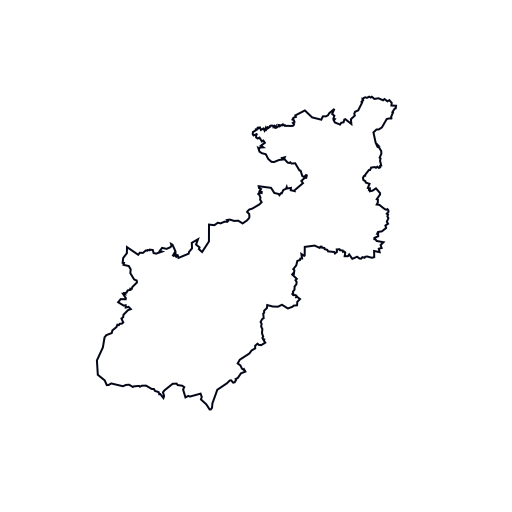 Tecalitlán, Jalisco, Mexico (Robinson projection), rotated 60°
{"feature_id": "50627088B3552577196850", "entity_name": "Tecalitlán", "entity_type": "district", "adm_level": 2, "iso_a3": "MEX", "parent_name": "Mexico", "parent_adm1": "Jalisco", "projection": "robinson", "projection_center": [-103.217, 19.24], "detail": "fine", "context": "isolated", "style": "outline", "palette": "ink", "viewbox_px": 512, "rotation_deg": 60, "n_neighbors": 0, "source": "geoboundaries", "source_scale": "gbopen_adm2", "svg_char_len": 6120}
<svg xmlns="http://www.w3.org/2000/svg" viewBox="0 0 512 512"><g transform="rotate(60 256 256)"><path d="M296.8,129.3L294.3,128.7L294.1,125.5L291.8,125.6L289.4,122.4L287.4,122.4L286.1,120.9L284.8,121.6L283.9,119.1L282.4,118.5L281.1,118.8L281.1,120.0L279.7,121.1L273.4,123.6L271.8,125.7L270.6,123.8L268.2,122.3L267.2,123.0L264.8,117.9L263.6,117.1L257.4,118.3L257.7,122.4L256.9,124.9L254.8,123.8L254.9,124.9L253.8,124.2L253.0,125.1L250.3,121.6L247.3,124.2L245.8,123.9L244.0,125.0L241.8,124.3L240.7,122.5L241.1,121.3L240.3,120.9L238.0,115.3L238.6,114.3L237.0,112.1L238.4,108.6L239.6,108.0L239.3,106.3L241.2,105.5L241.3,104.1L240.0,103.6L240.3,102.3L235.6,101.0L233.8,99.4L232.7,99.8L230.1,96.3L227.8,95.1L223.8,95.1L222.2,96.2L220.3,96.0L221.1,95.0L217.9,95.8L207.7,92.5L206.7,88.4L207.8,86.4L207.6,82.7L202.7,74.2L204.1,70.3L205.3,70.2L203.1,69.4L200.2,65.6L199.6,65.9L197.7,62.2L198.0,61.2L195.9,59.6L193.4,63.5L191.2,61.9L187.7,62.6L187.8,64.8L184.3,66.3L184.7,68.1L180.7,71.0L179.1,75.0L176.0,76.0L176.1,77.5L174.6,78.3L174.5,80.8L173.2,82.1L173.0,83.7L173.6,84.8L173.1,85.2L174.3,85.9L174.6,84.7L175.3,87.6L176.2,87.4L181.0,94.7L180.6,98.1L182.0,99.8L183.8,100.2L185.0,105.4L189.3,107.4L182.1,110.3L182.0,111.3L184.0,113.3L183.2,115.6L184.2,117.5L179.8,120.9L177.5,120.9L176.9,119.3L175.8,120.4L173.7,118.0L171.1,119.0L167.8,114.6L169.0,121.4L170.1,123.2L170.1,125.4L168.5,128.3L170.6,131.3L164.0,138.1L154.4,140.9L153.9,151.7L155.5,151.9L155.0,154.5L156.1,156.2L157.2,155.3L159.1,155.6L159.2,157.5L160.8,157.0L161.7,158.3L161.5,159.6L157.7,165.9L157.0,165.7L156.2,167.4L155.4,167.1L155.5,170.4L154.4,170.1L153.9,170.9L154.9,171.6L155.0,174.8L154.4,175.4L153.5,174.3L153.6,175.0L152.4,175.1L152.7,176.3L151.9,176.0L150.7,177.4L150.4,178.7L151.1,179.0L151.3,181.3L150.2,181.4L150.1,182.6L151.2,182.6L151.7,183.9L150.0,183.6L151.7,185.9L149.3,185.8L149.3,188.7L146.8,188.3L146.7,190.3L146.0,189.7L145.7,190.4L147.0,192.2L146.3,192.9L147.1,193.6L147.1,196.7L149.0,198.0L150.4,197.8L150.8,193.8L151.3,195.4L153.4,196.6L155.1,195.8L155.2,193.8L159.8,193.6L159.7,191.9L162.4,191.7L162.9,196.6L165.5,195.4L163.9,198.7L164.7,199.5L163.7,200.0L167.3,200.8L169.8,199.6L172.8,196.6L178.0,196.9L182.2,195.5L183.6,193.5L184.4,187.9L185.8,184.7L184.1,184.6L184.9,181.7L185.9,183.0L190.9,181.9L192.1,180.7L192.0,179.5L193.7,179.0L195.3,175.7L203.6,175.6L204.4,174.7L209.8,175.9L211.6,174.9L210.9,172.2L211.6,171.7L213.4,173.4L212.7,174.8L213.7,179.2L216.4,178.9L218.4,189.9L219.1,190.1L216.4,193.0L214.5,191.7L213.1,195.3L211.6,194.9L212.8,196.4L212.5,199.3L214.6,202.3L214.1,202.9L215.0,205.3L213.7,205.3L210.6,208.6L204.5,208.9L196.9,218.8L198.6,219.4L200.5,218.2L201.5,220.4L203.4,219.0L204.3,219.7L202.8,221.7L203.4,223.0L204.7,222.5L207.6,222.9L209.3,224.3L212.2,224.2L213.0,227.1L213.1,235.5L212.4,238.5L213.0,241.0L213.4,241.7L216.2,240.9L218.2,241.8L219.6,242.8L220.7,246.0L221.1,251.3L216.6,253.7L214.6,257.5L211.4,260.4L210.4,263.0L211.8,262.8L212.0,263.9L210.6,265.9L210.0,270.4L208.1,272.4L208.5,276.6L205.3,281.0L219.9,289.5L225.6,300.7L221.5,302.0L220.3,300.6L216.1,302.2L212.5,297.9L212.5,305.0L217.4,307.6L218.9,311.8L220.3,313.2L218.9,324.1L216.1,323.4L215.7,324.0L216.7,325.5L215.8,325.8L214.0,324.7L214.6,327.3L214.0,327.6L211.6,323.4L204.5,322.7L203.1,323.5L204.9,324.0L205.6,325.8L205.1,329.9L202.0,333.3L203.5,336.8L205.2,335.2L204.0,341.3L202.3,343.2L199.2,342.4L197.4,344.8L197.8,345.3L196.6,347.0L197.0,347.6L196.1,348.7L196.8,352.3L195.1,355.0L196.0,357.4L183.8,363.3L189.0,366.4L191.3,372.0L195.2,374.9L196.0,373.8L197.4,375.2L201.1,371.2L204.9,371.2L208.0,373.4L215.3,373.3L217.6,371.6L219.4,372.3L221.0,378.5L222.3,380.0L221.5,381.2L222.6,381.7L221.6,384.3L223.0,386.5L222.5,388.0L223.5,388.3L222.3,389.1L222.8,389.4L222.3,390.1L227.4,389.8L228.3,390.5L225.7,394.7L227.1,398.5L232.8,395.4L233.5,393.5L235.5,394.6L236.3,391.8L239.4,391.0L238.9,394.0L240.6,400.1L242.6,401.7L242.9,403.8L247.2,404.2L247.5,406.0L246.6,407.9L247.3,409.4L246.2,410.4L247.8,412.4L248.6,417.5L250.6,419.5L249.7,425.1L250.7,427.8L258.6,434.3L266.9,446.0L279.8,452.4L288.1,449.2L293.2,449.8L294.0,448.2L294.0,445.1L302.3,436.3L302.6,433.2L304.0,430.3L307.9,428.1L307.8,427.0L310.0,422.3L311.1,421.9L311.3,419.6L313.3,416.0L319.0,412.8L320.2,410.9L322.2,411.0L325.2,408.4L327.4,408.9L327.7,407.9L332.7,407.2L331.3,405.6L327.5,404.7L326.6,402.5L325.0,392.1L326.8,388.6L328.6,388.4L331.4,384.8L333.7,383.7L335.2,385.9L343.2,387.8L343.3,384.6L344.7,383.5L347.5,372.8L351.0,373.5L352.7,375.4L359.6,373.2L365.7,372.9L366.3,371.8L365.4,369.9L361.9,367.5L352.5,356.4L351.7,344.8L350.7,341.0L351.2,339.7L354.3,339.1L354.7,337.6L353.4,335.3L352.4,335.2L352.5,332.7L350.1,327.7L350.8,323.0L348.0,323.0L348.2,323.7L346.4,324.5L343.0,324.2L339.9,325.6L337.7,321.9L337.1,310.5L335.6,307.0L335.6,302.9L333.3,301.6L332.7,298.5L334.4,298.0L335.8,296.0L335.7,291.3L333.2,291.5L332.4,290.6L331.6,291.5L330.1,291.4L329.4,290.1L325.8,289.4L322.4,287.0L319.6,286.8L317.5,285.0L315.4,285.0L313.7,282.1L313.7,280.5L309.5,278.5L309.2,277.3L307.5,276.4L306.5,272.5L304.1,270.8L308.1,266.8L310.9,262.3L311.2,257.9L317.4,254.6L318.2,249.7L317.8,248.3L319.2,245.1L316.3,243.1L315.3,239.4L312.2,240.7L311.7,241.8L310.9,240.9L309.7,241.2L308.5,243.3L307.1,243.5L306.9,242.4L305.3,241.8L304.4,239.5L301.6,237.7L300.8,235.3L298.8,233.8L296.7,233.9L296.2,232.1L290.1,233.9L289.6,232.8L290.4,232.1L287.5,229.9L286.0,230.3L284.3,225.9L280.9,222.6L281.5,220.0L280.4,218.9L281.2,217.3L277.0,215.7L280.0,214.2L279.9,213.6L272.5,209.2L276.3,200.0L280.7,196.9L280.1,195.4L280.7,194.6L281.4,195.1L283.2,192.8L284.4,193.1L286.3,191.2L288.0,191.3L291.7,186.2L293.3,186.3L292.9,183.8L290.7,182.8L291.9,180.3L293.0,180.4L294.6,178.2L296.0,178.5L296.1,177.5L297.5,176.9L300.5,179.3L302.1,176.5L301.2,174.5L306.6,174.0L307.2,168.8L310.1,167.5L310.9,166.2L310.2,164.4L311.8,162.9L311.3,161.9L311.9,160.1L315.5,156.5L316.1,154.2L310.7,151.2L314.5,147.0L311.1,146.0L311.9,143.2L308.8,142.6L307.8,138.7L303.3,144.0L301.3,144.2L300.6,145.1L299.5,144.4L300.0,140.3L297.8,139.1L297.3,139.9L296.2,138.3L297.6,134.6L296.8,129.3Z" fill="none" stroke="#020617" stroke-width="2"/></g></svg>